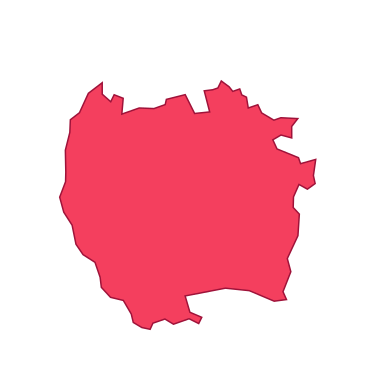 Khatirchi, Navoi, Uzbekistan (Mercator projection), rotated 70°
{"feature_id": "79887680B3077995484164", "entity_name": "Khatirchi", "entity_type": "district", "adm_level": 2, "iso_a3": "UZB", "parent_name": "Uzbekistan", "parent_adm1": "Navoi", "projection": "mercator", "projection_center": [65.889, 40.157], "detail": "fine", "context": "isolated", "style": "filled", "palette": "rose", "viewbox_px": 384, "rotation_deg": 70, "n_neighbors": 0, "source": "geoboundaries", "source_scale": "gbopen_adm2", "svg_char_len": 1109}
<svg xmlns="http://www.w3.org/2000/svg" viewBox="0 0 384 384"><g transform="rotate(70 192 192)"><path d="M74.0,231.9L79.4,237.5L69.4,242.9L58.6,239.0L63.8,255.6L79.0,270.6L82.5,281.6L94.2,286.4L109.4,296.7L130.2,303.8L139.1,307.3L151.6,318.1L167.1,319.4L182.2,316.0L201.4,318.9L213.6,315.8L224.9,307.2L240.7,307.5L250.6,309.8L263.1,304.6L270.4,293.6L285.9,290.8L294.5,291.8L302.2,285.5L306.7,278.3L301.9,273.6L302.1,260.9L309.9,254.6L310.1,238.1L317.9,230.7L313.1,225.7L304.3,235.1L287.3,234.0L293.8,193.5L304.3,171.9L322.7,152.1L325.4,140.0L316.8,140.6L300.7,126.4L287.1,125.2L269.3,107.4L249.5,98.7L241.2,102.2L231.3,98.3L221.5,88.9L228.8,82.6L226.2,73.4L218.1,72.3L203.7,64.6L202.5,80.3L196.2,80.2L180.6,97.4L170.6,98.2L168.9,88.9L175.3,79.8L164.5,75.9L159.2,67.5L152.6,83.1L152.5,90.5L141.5,99.5L132.5,100.3L132.3,110.4L121.5,108.4L117.8,112.0L111.5,111.9L111.4,119.3L105.9,121.1L97.7,126.5L103.1,132.1L103.0,137.6L101.1,145.9L122.8,148.0L119.1,162.7L98.2,165.1L96.2,184.4L100.7,187.3L100.6,199.2L95.0,212.9L94.8,231.3L80.4,224.6L74.0,231.9Z" fill="#f43f5e" stroke="#9f1239" stroke-width="1.5"/></g></svg>